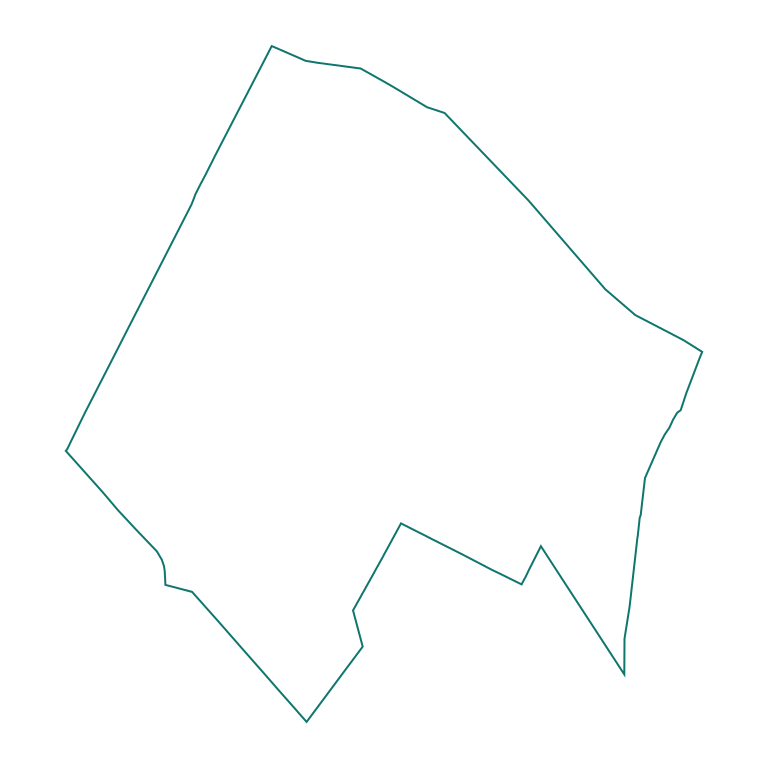 San Miguel Xoxtla, Puebla, Mexico
{"feature_id": "50627088B55674968003410", "entity_name": "San Miguel Xoxtla", "entity_type": "district", "adm_level": 2, "iso_a3": "MEX", "parent_name": "Mexico", "parent_adm1": "Puebla", "projection": "orthographic", "projection_center": [-98.306, 19.172], "detail": "fine", "context": "isolated", "style": "outline", "palette": "teal", "viewbox_px": 768, "rotation_deg": 0, "n_neighbors": 0, "source": "geoboundaries", "source_scale": "gbopen_adm2", "svg_char_len": 1421}
<svg xmlns="http://www.w3.org/2000/svg" viewBox="0 0 768 768"><path d="M165.4,584.9L192.1,591.9L211.4,613.6L219.4,622.6L241.1,647.4L264.2,673.6L277.5,688.9L291.2,704.4L297.4,711.4L298.1,712.3L306.6,721.9L310.4,716.8L326.3,695.5L327.6,693.7L344.2,671.4L362.2,647.3L362.7,646.6L353.0,610.3L353.7,609.2L374.3,572.3L374.4,572.0L380.1,561.8L383.0,556.6L384.6,553.5L386.1,550.8L387.8,547.7L390.4,542.9L395.3,533.9L401.0,523.4L414.4,530.2L423.4,534.7L431.7,539.0L438.9,542.6L462.1,554.3L462.7,554.6L492.0,569.9L499.3,573.4L521.6,584.4L524.3,579.1L525.3,577.5L529.9,567.9L530.5,566.8L540.6,546.8L540.9,546.2L564.4,582.4L596.5,631.7L623.7,673.5L624.3,674.4L624.5,638.7L627.7,618.6L629.5,607.3L630.5,598.8L637.3,538.6L637.8,535.6L639.7,517.8L640.7,515.0L645.0,478.0L660.7,442.1L664.7,434.6L669.5,427.5L673.0,419.8L677.2,412.7L680.7,410.2L686.0,394.1L686.1,393.7L699.5,358.4L702.2,351.9L683.4,340.1L635.3,315.1L605.3,289.3L528.5,200.5L444.6,113.0L427.0,107.2L390.3,85.2L375.6,76.9L360.6,68.5L318.3,62.9L305.6,60.8L274.4,47.2L271.7,46.1L268.0,53.3L214.3,157.2L213.1,159.7L209.0,167.8L205.4,175.0L205.0,175.7L201.7,182.0L201.2,182.8L195.4,194.3L193.7,198.9L191.5,204.5L161.9,262.4L133.3,318.2L115.3,353.5L98.0,387.3L86.1,410.5L85.3,412.0L71.2,440.9L67.2,449.2L65.8,450.9L102.8,492.3L117.9,510.1L135.4,528.9L156.9,551.4L161.8,559.7L164.0,566.2L164.7,570.9L165.1,578.1L165.4,584.9Z" fill="none" stroke="#0f766e" stroke-width="2"/></svg>